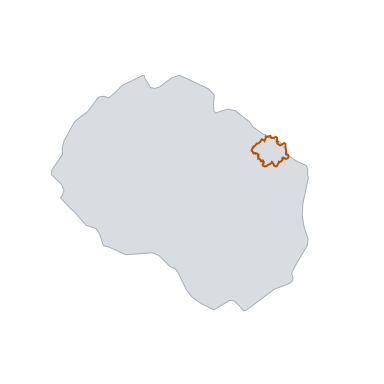 Staro Nagorichane, Staro Nagoričane, North Macedonia (highlighted), rotated 50°
{"feature_id": "65306769B92481103020830", "entity_name": "Staro Nagorichane", "entity_type": "district", "adm_level": 2, "iso_a3": "MKD", "parent_name": "North Macedonia", "parent_adm1": "Staro Nagoričane", "projection": "orthographic", "projection_center": [21.915, 42.232], "detail": "fine", "context": "in_parent", "style": "outline", "palette": "amber", "viewbox_px": 384, "rotation_deg": 50, "n_neighbors": 0, "source": "geoboundaries", "source_scale": "gbopen_adm2", "svg_char_len": 3190}
<svg xmlns="http://www.w3.org/2000/svg" viewBox="0 0 384 384"><g transform="rotate(50 192 192)"><path d="M175.5,102.8L181.2,103.6L193.6,100.1L201.4,95.2L205.3,94.4L210.6,92.5L218.1,92.8L225.8,94.9L235.5,92.1L245.1,87.5L248.9,88.6L253.1,92.5L255.8,93.6L271.8,114.1L280.6,122.5L290.9,128.7L302.7,133.3L306.9,137.7L314.6,159.6L318.3,167.9L323.4,170.3L324.6,172.7L324.8,175.9L319.4,191.4L317.5,226.1L316.2,228.9L310.2,228.8L302.4,229.7L299.4,232.4L296.4,251.0L283.8,256.5L272.3,259.6L262.6,259.0L245.5,254.6L239.9,254.2L235.1,256.7L219.9,258.0L213.2,261.3L197.5,283.1L181.5,290.6L176.1,294.4L163.9,289.5L158.1,289.0L149.6,294.5L131.1,294.9L126.1,295.8L111.8,296.5L111.2,293.5L108.6,289.1L102.0,287.0L88.4,288.6L85.1,285.3L79.8,266.7L75.5,263.7L70.7,257.4L62.8,237.1L62.7,228.3L63.4,220.6L59.2,202.5L62.0,198.0L66.3,195.2L66.5,187.9L65.5,176.9L70.8,155.3L72.2,153.7L73.4,154.8L85.4,156.7L88.6,154.0L90.6,149.8L91.5,133.9L94.4,126.6L123.6,113.0L132.2,112.6L138.6,119.1L143.8,123.2L146.9,123.1L148.1,119.0L151.7,111.1L157.6,106.6L175.3,102.8L175.5,102.8Z" fill="#d9dde1" stroke="#a8b0b8" stroke-width="1"/><path d="M224.4,112.2L226.6,111.1L226.7,110.5L226.6,109.8L226.0,108.9L225.5,107.0L224.7,106.1L225.4,105.8L225.5,104.3L225.8,104.0L225.4,101.8L224.3,101.3L223.9,100.7L224.5,99.7L225.6,99.3L225.8,99.5L226.3,99.0L226.8,99.0L227.4,98.0L227.6,96.8L227.2,95.6L226.4,95.0L225.5,94.5L225.1,94.6L224.9,94.6L224.7,94.7L224.6,94.9L224.5,95.1L224.4,95.3L224.3,95.5L224.1,95.7L223.8,95.8L223.2,95.6L222.7,95.2L222.0,94.4L221.2,93.7L220.5,93.2L220.1,92.9L219.3,92.4L218.8,92.1L218.2,91.9L217.7,91.6L217.5,91.3L217.2,91.1L217.0,90.9L216.8,90.8L216.2,90.3L215.6,90.0L215.1,89.6L214.8,89.6L214.4,89.7L213.7,89.9L213.7,90.1L213.6,90.8L213.4,91.9L213.3,92.9L213.2,93.6L213.1,94.2L213.0,94.3L212.8,94.6L212.6,94.7L212.4,94.8L212.2,94.8L211.7,95.0L211.4,95.0L210.6,95.2L210.1,95.4L209.6,95.5L209.2,95.1L209.0,94.9L208.8,94.6L208.8,94.3L208.7,94.2L208.6,93.9L208.4,93.7L208.0,93.9L207.6,94.1L207.4,94.4L207.1,94.0L206.8,93.5L206.7,93.3L206.6,93.1L205.9,92.6L205.6,92.3L205.2,92.1L204.9,92.0L204.7,92.1L204.3,92.2L203.8,92.3L203.4,92.6L203.4,92.9L203.4,93.4L203.4,93.8L203.3,94.2L202.9,94.6L202.5,95.4L202.5,95.5L202.4,95.7L202.3,95.8L201.5,96.5L201.4,96.5L201.0,96.6L200.3,96.5L200.1,96.4L200.0,96.2L199.9,96.1L199.4,95.8L199.2,96.2L199.2,96.8L198.9,97.6L198.5,98.3L198.4,98.4L198.3,98.5L197.7,99.2L197.7,99.9L197.5,100.2L197.4,100.2L198.3,101.1L199.5,103.6L198.4,103.4L197.7,104.0L197.4,104.7L196.6,104.7L197.1,106.8L197.5,107.3L197.3,108.1L197.6,109.7L196.6,111.1L197.2,115.6L196.7,115.8L197.1,116.8L197.4,116.8L197.5,117.7L198.6,119.8L199.9,119.6L202.0,120.1L202.6,119.0L203.0,118.9L202.7,118.5L203.0,118.2L203.9,118.0L204.3,117.5L206.3,117.1L206.7,118.3L207.7,118.4L207.7,118.7L208.9,119.8L209.0,119.5L211.4,118.8L212.3,119.4L212.7,119.1L213.1,119.2L213.3,118.5L213.2,117.6L213.6,117.3L213.9,117.6L214.5,117.9L215.0,117.7L215.5,118.1L215.4,118.4L216.0,118.8L216.0,119.8L217.0,120.7L217.5,120.4L218.0,120.5L219.1,120.0L219.4,119.1L220.0,118.5L220.1,116.4L220.9,113.8L220.7,113.4L220.9,112.2L220.3,111.4L220.8,111.2L222.2,111.7L223.0,111.5L224.4,112.2Z" fill="none" stroke="#b45309" stroke-width="2"/></g></svg>